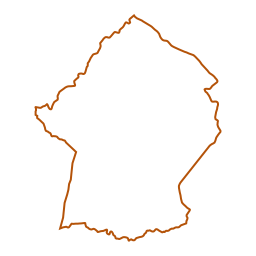 Santa Elena, La Paz, Honduras (Albers equal-area conic projection)
{"feature_id": "27666195B24762769200166", "entity_name": "Santa Elena", "entity_type": "district", "adm_level": 2, "iso_a3": "HND", "parent_name": "Honduras", "parent_adm1": "La Paz", "projection": "albers", "projection_center": [-88.165, 14.069], "detail": "fine", "context": "isolated", "style": "outline", "palette": "amber", "viewbox_px": 256, "rotation_deg": 0, "n_neighbors": 0, "source": "geoboundaries", "source_scale": "gbopen_adm2", "svg_char_len": 5725}
<svg xmlns="http://www.w3.org/2000/svg" viewBox="0 0 256 256"><path d="M60.1,228.5L62.9,227.4L65.9,226.8L66.4,226.8L66.9,227.0L67.3,227.3L67.6,227.4L68.1,227.5L68.6,227.4L69.1,227.1L71.1,224.4L71.4,223.9L71.7,223.7L73.2,223.9L75.4,223.7L77.4,223.7L79.6,223.5L81.3,223.4L84.5,223.0L85.0,223.0L85.3,223.3L85.3,224.1L86.1,226.6L87.0,227.2L88.0,227.7L88.8,228.5L89.8,229.1L90.5,229.3L91.3,229.5L92.1,229.3L93.2,228.9L93.9,228.9L94.5,229.1L95.2,229.5L97.1,231.1L97.4,231.4L97.6,231.9L97.9,232.0L98.5,231.9L100.8,231.2L103.4,230.9L105.9,229.8L106.4,229.7L106.8,229.7L107.0,229.9L107.1,230.3L107.0,231.1L106.7,231.9L106.7,232.3L106.9,233.0L107.3,233.6L107.9,234.0L108.5,234.3L108.9,234.4L109.3,234.3L109.5,234.1L109.7,233.8L110.0,232.4L110.4,231.8L110.6,231.6L110.9,231.5L111.2,231.5L111.5,231.6L112.0,232.0L112.5,232.8L112.9,233.5L113.2,234.6L113.5,235.1L113.9,235.4L114.6,235.8L115.1,236.4L115.3,236.9L115.6,238.1L115.8,238.3L116.5,238.6L117.6,238.6L119.1,239.0L119.4,239.0L120.2,238.7L122.9,237.3L123.9,237.1L125.1,237.2L126.5,237.5L127.2,237.8L127.7,238.1L128.0,238.6L128.6,240.4L128.8,240.6L129.0,240.6L129.3,240.5L129.6,240.1L130.1,239.8L130.7,239.5L131.1,239.4L131.5,239.4L132.1,239.9L132.9,240.2L133.6,240.3L134.3,240.2L134.9,239.8L136.1,238.3L136.6,238.0L139.6,237.1L141.3,236.8L142.5,236.4L143.3,235.8L143.8,235.3L144.2,234.4L144.6,233.8L145.7,233.0L146.2,232.2L146.6,231.1L146.9,230.8L147.2,230.7L147.7,230.6L148.5,230.7L149.8,230.3L150.5,230.6L151.2,231.1L151.7,231.3L152.5,231.5L153.2,231.5L153.7,231.4L154.1,231.1L155.7,229.4L156.2,229.2L156.6,229.2L157.5,229.5L159.2,230.7L162.1,232.3L162.3,232.3L163.8,231.7L164.0,231.7L164.2,232.0L164.4,232.0L164.9,231.8L165.6,231.2L166.1,230.8L166.8,230.8L167.7,230.9L168.6,230.6L169.1,230.3L169.9,229.5L171.3,228.8L171.9,228.6L172.8,228.7L173.3,228.6L173.8,228.4L175.0,227.7L175.9,227.4L176.7,227.3L177.9,227.4L178.7,227.2L179.3,226.9L180.7,225.6L181.2,225.2L182.1,224.9L186.2,223.4L186.5,220.9L187.2,219.5L187.5,218.1L187.4,217.5L187.0,217.0L186.7,216.5L186.6,215.8L186.6,215.1L187.3,214.0L189.6,210.6L189.8,210.1L189.9,209.8L189.7,209.4L189.3,209.1L187.8,208.2L187.0,207.6L185.6,206.2L183.4,204.2L182.3,202.9L182.0,202.6L181.7,201.4L181.0,198.7L180.5,195.3L179.8,192.5L179.0,188.1L178.9,186.4L179.0,185.6L179.3,184.9L179.9,183.5L180.7,182.3L209.6,145.8L210.5,145.0L211.4,144.4L212.0,144.0L213.1,143.5L214.5,142.6L215.4,140.6L216.1,138.1L216.4,137.4L218.0,135.0L219.5,133.0L220.2,132.3L220.4,131.9L220.5,131.2L220.4,130.6L218.4,127.4L218.0,126.5L217.5,124.8L217.5,124.2L217.6,123.6L217.6,122.9L217.9,121.2L217.8,120.7L217.4,120.3L215.6,119.2L215.4,118.5L215.2,117.4L215.2,117.0L216.1,112.1L217.0,109.3L217.2,108.4L217.3,107.2L217.7,106.0L218.0,104.9L218.0,103.8L217.8,102.9L217.6,102.5L217.2,102.1L216.7,101.8L216.2,101.6L215.0,101.5L213.6,101.7L212.7,101.7L212.2,101.6L211.7,101.3L211.1,100.3L209.6,96.8L209.2,96.1L208.7,95.2L207.7,93.9L207.3,93.1L205.7,91.8L205.4,91.5L205.0,90.6L204.6,89.6L204.6,89.4L204.8,89.2L205.4,88.9L206.6,88.8L209.2,89.0L209.7,88.9L210.2,88.6L210.9,87.8L212.3,85.9L216.7,82.5L217.1,82.1L217.4,81.5L217.4,80.9L217.1,80.2L216.5,79.3L215.9,78.6L215.2,77.9L214.6,77.0L213.5,75.9L212.4,75.0L209.7,73.2L209.0,72.5L207.6,70.7L204.2,67.0L201.6,64.2L200.5,62.5L199.2,60.8L195.2,56.6L194.0,55.6L193.6,55.2L192.8,54.9L188.9,53.5L186.5,52.4L184.6,51.8L179.0,49.4L174.2,47.2L172.3,46.2L171.2,45.4L170.6,44.7L168.4,42.1L167.7,41.4L167.3,41.1L166.5,40.8L164.0,40.5L162.6,39.9L161.6,38.9L160.6,37.5L160.2,36.7L159.1,33.8L157.8,32.1L156.9,31.2L154.8,29.6L151.8,26.8L150.7,26.0L142.9,21.3L141.8,20.5L137.1,18.4L135.1,16.9L134.5,16.1L134.0,15.4L129.9,18.9L129.6,19.3L129.4,19.7L129.4,20.0L130.1,22.4L130.0,22.6L129.8,22.9L129.3,23.3L128.8,23.5L128.4,23.4L127.4,22.8L126.3,22.4L126.0,22.4L125.7,22.6L125.0,23.5L123.7,26.0L123.0,27.0L122.4,27.6L120.8,28.9L119.6,30.2L119.5,30.6L119.5,31.2L119.5,31.7L119.2,32.2L118.9,32.7L118.6,32.8L118.1,32.8L115.4,32.1L115.0,32.0L114.7,32.1L114.0,32.6L110.9,36.3L110.2,37.0L109.7,37.5L109.3,37.6L108.5,37.6L108.0,37.5L106.9,37.1L105.8,37.1L105.3,37.3L104.7,37.7L103.6,38.7L102.5,40.3L100.2,43.1L100.2,43.6L100.6,45.6L100.6,46.2L100.5,46.8L100.0,48.3L98.7,50.6L97.7,52.6L97.4,53.0L96.6,53.4L95.6,53.7L94.4,54.0L93.8,54.2L93.2,54.5L92.8,54.9L92.0,56.1L90.7,58.0L89.0,61.6L87.9,63.0L87.7,63.6L87.8,64.7L87.6,66.0L87.4,66.4L86.9,66.8L86.7,67.2L85.5,71.6L84.9,73.1L84.3,73.7L83.5,74.0L83.2,74.0L81.9,73.6L81.0,73.5L79.5,73.7L78.9,73.9L78.6,74.2L78.4,74.6L78.2,75.3L78.2,75.8L78.5,76.6L78.4,77.1L78.2,77.6L77.3,78.2L75.5,79.8L74.6,80.7L74.3,81.0L74.2,81.6L74.3,82.3L74.5,83.2L74.9,84.4L75.1,85.1L75.0,85.5L74.8,85.8L74.4,85.9L71.6,86.2L68.7,86.3L67.6,86.5L66.5,86.9L65.2,87.6L63.9,88.6L60.6,91.0L59.5,91.9L59.3,92.2L58.8,93.4L57.9,95.2L57.6,95.9L57.6,97.0L57.8,98.0L57.8,98.4L57.7,99.4L57.6,99.7L54.3,102.0L54.1,102.3L53.4,103.6L52.7,105.1L52.2,106.3L51.7,108.3L51.5,108.8L51.2,109.1L50.9,109.3L50.3,109.2L49.8,109.0L49.4,108.6L48.6,107.4L47.7,105.1L47.2,104.3L47.0,104.2L45.4,105.6L44.3,106.1L43.2,106.3L41.3,107.5L40.8,107.8L39.7,107.8L35.9,107.1L35.6,107.1L35.5,107.3L35.9,108.4L36.0,109.5L36.0,110.4L35.6,111.4L35.6,113.9L35.6,114.9L37.3,115.9L37.3,116.1L37.1,116.5L37.1,116.9L37.2,117.8L37.3,118.2L38.4,118.9L39.7,120.0L42.2,122.4L43.2,123.3L43.5,123.6L44.9,127.5L45.3,129.5L45.8,130.6L45.9,130.8L48.0,131.7L48.6,132.3L49.7,132.8L50.4,133.3L50.6,133.6L51.4,135.7L51.6,136.0L51.8,136.2L52.4,136.3L53.3,136.1L54.4,136.2L55.7,136.3L56.4,136.5L57.2,136.9L58.2,138.2L59.5,139.1L59.9,139.3L60.7,139.3L61.3,139.4L62.1,139.6L63.5,140.3L64.3,140.4L64.8,140.6L65.5,141.5L65.9,142.4L76.1,152.0L72.5,163.2L71.5,172.6L70.8,179.7L69.1,184.0L68.4,189.7L67.2,194.5L64.6,202.9L63.1,217.6L60.1,228.5Z" fill="none" stroke="#b45309" stroke-width="2"/></svg>